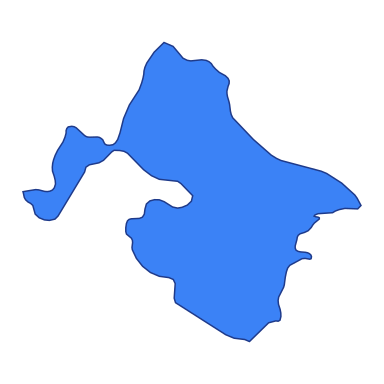 SVG path tracing the border of Mehedinti
{"feature_id": "ROU-124", "entity_name": "Mehedinti", "entity_type": "County", "adm_level": 1, "iso_a3": "ROU", "parent_name": "Romania", "parent_adm1": "", "projection": "equal_earth", "projection_center": [22.715, 44.596], "detail": "fine", "context": "isolated", "style": "filled", "palette": "blue", "viewbox_px": 384, "rotation_deg": 0, "n_neighbors": 0, "source": "natural_earth", "source_scale": "10m", "svg_char_len": 2563}
<svg xmlns="http://www.w3.org/2000/svg" viewBox="0 0 384 384"><path d="M249.4,341.5L244.7,339.5L234.1,338.2L225.7,334.7L175.7,302.8L175.5,302.6L174.2,298.2L175.2,283.6L173.3,279.5L168.9,277.6L159.3,276.3L150.4,272.5L142.6,266.3L136.4,258.4L132.3,249.7L132.0,247.4L132.6,242.6L132.4,240.3L131.4,238.2L126.5,234.1L125.8,231.6L125.8,227.7L126.4,223.6L127.5,220.8L129.1,219.4L131.2,218.8L139.4,218.4L142.4,217.2L144.3,214.2L145.0,209.0L146.4,204.0L149.9,200.9L154.5,199.7L159.3,199.8L164.2,201.7L172.6,207.0L177.6,208.1L182.1,207.3L187.3,205.1L191.4,201.2L192.7,195.7L181.0,183.6L177.7,181.3L159.3,179.3L151.5,175.7L143.6,169.7L127.5,153.2L124.0,151.3L119.8,150.5L114.1,150.3L111.6,152.0L103.5,160.3L99.0,162.8L89.4,164.8L85.9,167.2L84.6,172.0L58.0,216.1L55.0,219.1L49.4,220.4L44.4,219.9L39.2,217.8L35.2,214.1L32.8,205.4L30.6,203.4L28.0,202.0L25.6,199.8L24.3,197.5L23.5,193.7L23.0,191.7L28.8,190.7L35.7,189.6L38.8,189.9L44.6,191.4L47.3,191.6L49.9,191.2L52.5,190.0L54.3,187.8L55.5,184.1L55.2,180.3L54.2,176.2L52.5,171.1L52.3,167.2L52.7,163.3L53.6,159.7L55.2,155.3L57.7,150.2L63.0,142.0L65.0,137.1L66.1,133.1L66.1,130.6L66.8,128.5L68.2,126.9L71.7,126.3L74.1,126.7L76.2,127.8L84.2,135.2L85.7,136.3L87.5,137.0L89.8,137.2L97.4,137.0L99.4,137.4L101.1,138.4L102.7,139.7L104.2,142.9L105.2,144.3L107.0,145.1L109.5,145.3L113.0,144.7L115.4,142.9L117.7,139.5L120.0,132.9L123.6,118.5L129.4,104.9L139.1,89.9L141.7,82.9L143.0,78.2L143.8,74.1L144.0,71.0L144.9,67.4L146.8,63.0L154.2,52.1L164.0,42.5L173.1,46.4L183.0,58.2L187.2,60.3L190.8,60.9L201.7,59.8L206.2,60.4L209.0,61.7L211.3,63.6L212.9,66.1L215.5,69.0L219.3,72.4L225.3,75.7L228.0,78.3L229.2,80.9L229.1,83.6L228.1,86.2L226.9,91.2L227.0,93.9L227.5,96.7L229.0,101.8L229.6,104.6L230.4,111.1L231.2,114.5L232.7,117.8L253.4,139.5L271.2,155.1L276.5,158.4L281.0,160.5L321.2,171.2L326.7,173.5L341.7,183.1L354.8,195.0L357.1,198.2L361.0,205.5L357.7,208.9L344.9,208.4L339.2,209.6L335.4,211.0L332.6,212.7L318.0,213.7L314.9,215.0L314.1,216.1L315.8,216.8L318.0,217.1L319.3,217.8L319.3,219.0L314.3,223.1L312.7,225.1L311.3,227.4L308.2,230.7L304.6,232.4L300.1,233.8L298.2,235.3L297.3,237.1L296.9,239.6L295.2,245.9L295.2,248.1L296.0,250.1L297.9,251.3L300.5,251.9L305.4,252.3L307.7,252.8L309.5,253.7L310.9,255.0L311.5,256.7L311.1,258.7L309.8,259.2L305.1,258.4L302.0,258.7L289.8,265.3L287.7,268.0L286.4,271.8L285.3,277.1L284.3,284.8L283.6,287.3L278.7,297.0L278.1,300.5L278.5,304.4L280.1,309.3L280.8,313.0L280.9,316.5L280.0,320.2L278.2,321.2L275.8,320.9L268.6,322.8L249.5,341.5L249.4,341.5Z" fill="#3b82f6" stroke="#1e3a8a" stroke-width="1.5"/></svg>